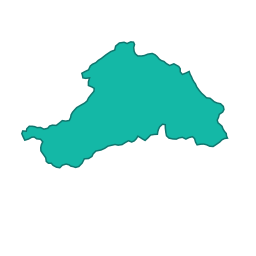 the district of Dom Silvério, Minas Gerais, Brazil, rotated 230°
{"feature_id": "56859067B43340770638367", "entity_name": "Dom Silvério", "entity_type": "district", "adm_level": 2, "iso_a3": "BRA", "parent_name": "Brazil", "parent_adm1": "Minas Gerais", "projection": "equal_earth", "projection_center": [-42.948, -20.12], "detail": "fine", "context": "isolated", "style": "filled", "palette": "teal", "viewbox_px": 256, "rotation_deg": 230, "n_neighbors": 0, "source": "geoboundaries", "source_scale": "gbopen_adm2", "svg_char_len": 2341}
<svg xmlns="http://www.w3.org/2000/svg" viewBox="0 0 256 256"><g transform="rotate(230 128 128)"><path d="M56.3,197.7L58.5,198.3L60.6,199.7L63.5,199.7L66.4,200.2L68.9,201.1L71.1,200.8L74.1,200.3L76.7,201.4L78.0,204.2L79.8,206.7L79.4,210.8L80.5,213.4L83.3,214.9L87.1,214.5L89.9,212.3L92.7,210.9L95.3,210.5L98.0,210.0L100.7,207.5L103.9,207.2L107.3,206.7L110.5,206.7L115.2,207.0L118.5,208.0L121.1,208.2L123.9,208.7L126.3,209.5L129.2,210.1L132.0,211.2L132.8,207.9L134.1,204.1L137.4,204.1L139.9,206.1L142.5,206.4L144.6,205.6L147.7,204.4L149.1,200.1L152.7,198.8L155.9,198.3L158.2,196.9L160.6,196.2L164.1,196.2L166.7,195.8L169.5,194.5L171.8,190.7L173.0,187.1L174.5,184.6L176.9,181.8L180.1,181.3L182.8,182.0L186.0,184.1L187.8,186.7L190.2,187.4L192.2,185.5L193.3,181.6L196.2,180.1L198.7,176.0L198.7,171.2L196.2,167.9L197.6,164.0L198.2,158.4L198.4,152.2L198.9,148.9L198.7,145.4L199.7,141.7L199.7,138.9L197.9,135.2L198.9,131.3L199.6,127.8L197.6,126.9L195.4,125.7L193.2,127.5L191.1,130.8L188.8,127.3L186.0,125.0L182.7,126.7L180.1,127.6L178.0,125.5L177.2,120.8L176.4,117.1L175.0,114.0L175.0,110.7L175.8,106.5L176.6,101.8L176.2,98.7L175.7,95.6L174.6,92.8L172.9,90.8L171.5,87.9L173.3,84.7L175.9,82.4L175.9,79.2L176.1,74.7L178.8,71.9L179.9,69.2L179.4,66.3L181.2,62.8L184.7,61.3L186.7,58.6L189.0,57.4L190.8,55.8L192.8,53.5L192.5,50.1L190.9,48.0L193.4,45.5L191.9,43.0L189.0,42.1L185.0,41.1L183.5,44.7L182.8,48.4L181.3,50.4L178.4,51.1L175.6,53.8L172.2,53.8L170.8,50.8L169.0,48.5L166.5,46.6L163.6,46.3L160.9,46.1L158.0,45.8L154.9,43.9L152.2,44.4L150.3,46.6L147.5,46.6L144.0,48.0L141.4,50.2L141.7,53.8L140.2,57.4L137.6,59.2L135.5,59.7L133.5,61.3L131.5,62.5L130.1,65.6L130.6,70.3L132.5,74.7L130.0,78.1L129.4,82.1L130.6,84.6L131.0,88.6L128.5,93.2L127.4,97.1L127.0,101.0L125.5,104.0L123.7,107.5L121.2,109.4L119.1,112.8L118.6,116.6L117.9,120.2L114.9,121.8L114.1,124.6L114.4,127.4L115.4,130.3L113.0,131.2L110.4,132.0L107.5,133.1L107.6,136.6L108.1,140.8L106.2,144.0L104.3,146.5L106.0,148.4L107.4,150.5L108.6,153.1L108.7,156.9L106.6,158.7L104.0,156.6L100.2,154.1L97.3,152.5L93.9,152.9L90.7,155.4L88.4,157.9L87.7,160.6L85.9,163.7L82.3,165.2L81.4,168.8L79.9,171.8L77.1,172.2L73.8,170.7L70.7,170.1L68.8,173.4L67.0,175.7L64.7,177.4L61.5,178.9L59.1,181.3L58.6,185.7L58.3,189.2L58.6,192.2L57.9,195.2L56.3,197.7Z" fill="#14b8a6" stroke="#0f766e" stroke-width="1.5"/></g></svg>